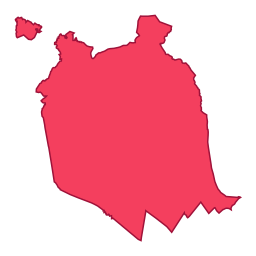 Metepec, Hidalgo, Mexico
{"feature_id": "50627088B82713167627307", "entity_name": "Metepec", "entity_type": "district", "adm_level": 2, "iso_a3": "MEX", "parent_name": "Mexico", "parent_adm1": "Hidalgo", "projection": "natural_earth1", "projection_center": [-98.35, 20.259], "detail": "fine", "context": "isolated", "style": "filled", "palette": "rose", "viewbox_px": 256, "rotation_deg": 0, "n_neighbors": 0, "source": "geoboundaries", "source_scale": "gbopen_adm2", "svg_char_len": 5476}
<svg xmlns="http://www.w3.org/2000/svg" viewBox="0 0 256 256"><path d="M171.6,26.3L159.6,21.8L155.1,15.4L148.2,16.2L142.4,16.2L140.5,16.1L139.1,18.8L138.1,21.0L137.9,24.2L137.5,27.8L136.6,32.3L137.8,33.7L138.2,33.7L139.4,35.7L136.6,37.6L135.3,39.5L135.0,40.3L135.2,40.7L135.3,42.5L134.6,42.5L133.4,42.9L131.9,42.8L130.0,42.4L127.4,45.0L126.3,45.4L123.7,45.4L123.1,45.5L120.2,46.9L118.0,47.5L114.2,48.3L110.9,48.6L110.3,48.6L108.0,49.1L104.5,51.2L102.1,52.0L100.3,52.8L98.6,52.9L97.0,54.2L96.0,54.9L95.3,56.5L93.6,58.3L93.1,58.6L92.3,58.4L91.9,58.0L91.6,57.5L90.9,54.9L90.7,52.9L91.4,51.2L92.9,48.6L92.6,47.1L89.8,46.8L87.2,46.1L85.6,44.8L83.8,42.9L82.5,42.4L81.8,42.6L81.4,42.0L81.1,42.2L80.3,42.1L80.1,42.1L80.0,41.7L79.3,42.0L78.9,41.4L78.2,41.6L77.3,41.4L77.5,41.0L77.0,40.1L75.7,40.1L76.5,38.5L76.1,37.8L75.5,38.2L74.9,39.3L74.7,40.4L73.0,40.4L73.0,35.6L72.4,34.8L74.1,33.0L69.9,31.5L65.9,34.5L65.8,35.1L65.8,35.7L67.0,37.5L66.6,38.3L65.7,37.8L65.3,38.1L65.1,38.0L65.0,37.4L64.4,35.7L64.0,35.4L63.2,35.7L61.6,35.4L61.4,35.2L61.2,34.3L61.0,34.1L60.7,34.0L60.4,34.1L59.6,35.0L59.1,36.5L58.7,36.8L57.9,37.0L58.8,37.0L57.5,37.4L58.6,37.2L58.7,38.3L57.3,38.4L57.2,40.1L56.7,40.1L56.4,42.2L55.5,42.1L55.2,42.6L54.7,42.6L54.6,44.3L55.0,44.6L56.3,44.3L57.2,45.8L56.3,46.9L56.4,48.0L58.4,49.2L58.3,49.5L58.8,50.2L58.9,50.6L59.5,51.0L60.4,52.5L60.7,54.0L59.1,54.5L60.3,56.4L59.9,59.3L61.5,59.0L61.3,61.0L60.1,61.2L59.6,61.5L59.0,62.5L58.5,62.9L57.4,64.5L57.0,65.6L55.7,66.8L55.3,67.5L55.0,67.6L53.5,67.6L52.9,67.9L52.3,68.6L51.3,71.1L50.8,71.5L50.5,72.2L50.3,73.5L49.7,74.6L49.5,75.6L49.1,76.2L49.0,76.8L48.5,78.4L46.7,79.1L46.1,79.9L45.5,80.0L45.1,80.8L44.9,80.9L44.2,80.9L43.7,80.4L43.1,80.5L42.8,80.6L42.6,81.0L42.2,81.3L42.1,81.6L41.7,81.8L41.5,82.1L41.4,82.7L41.3,82.9L39.9,83.6L36.4,89.0L36.2,91.9L38.7,92.5L40.2,92.1L41.5,93.1L42.7,94.9L43.6,96.0L44.3,96.1L46.5,96.1L46.1,96.6L45.0,97.5L44.6,98.0L43.4,98.6L42.0,100.0L41.2,100.5L41.3,101.1L42.7,102.6L43.5,102.9L44.7,102.9L45.2,103.0L45.3,104.1L45.2,104.7L45.1,104.8L44.5,104.7L44.4,104.9L44.2,105.8L43.7,106.2L43.5,107.3L43.2,107.8L42.3,108.5L42.1,109.0L42.2,109.9L41.7,111.1L41.6,111.9L41.6,112.8L42.1,116.3L43.3,117.6L44.7,125.0L45.0,127.5L47.4,140.6L48.4,146.1L48.8,147.5L52.1,167.7L54.3,181.9L55.5,182.7L57.1,185.0L58.2,187.3L58.6,187.7L59.0,187.9L60.2,189.2L60.3,189.7L70.1,194.5L78.5,197.9L91.4,202.8L94.5,204.3L97.7,206.0L103.2,210.1L103.4,210.3L103.3,210.6L104.1,210.4L104.8,211.9L104.0,211.9L104.0,212.6L105.5,212.3L105.8,213.9L106.4,213.9L106.5,214.9L108.2,215.0L108.8,214.3L109.1,214.7L109.6,216.1L111.5,215.7L111.6,218.7L112.8,218.4L112.9,218.2L138.2,239.3L141.0,240.6L141.4,237.4L145.8,211.4L145.8,210.7L155.9,218.1L166.8,226.6L171.7,232.3L184.3,212.8L184.4,213.5L184.8,214.3L185.2,214.7L186.4,215.3L186.4,215.5L186.7,216.8L187.3,217.1L187.7,217.7L188.3,217.3L189.6,216.0L200.8,202.1L208.8,213.4L214.5,207.7L215.0,207.7L215.4,208.6L215.9,209.2L216.1,209.9L216.5,210.3L216.8,210.9L219.0,213.1L223.0,209.5L223.5,209.5L224.7,208.8L226.0,208.3L227.0,208.2L229.1,208.5L231.2,209.8L231.0,208.7L231.1,207.7L231.4,207.1L232.4,205.3L233.3,205.0L234.6,204.0L235.6,202.2L238.6,198.6L240.6,197.4L240.2,197.1L238.7,196.7L237.9,197.1L237.7,197.4L226.1,196.5L224.6,195.2L220.7,192.5L219.7,191.0L218.0,189.0L216.4,185.5L214.8,181.4L213.2,173.9L211.5,168.0L211.0,164.1L208.4,147.5L207.7,142.0L208.1,135.5L208.2,132.4L208.1,131.0L207.9,129.5L207.4,129.4L207.1,124.9L207.3,123.4L207.4,121.5L206.7,116.8L206.7,114.9L203.1,112.7L201.9,111.5L201.0,110.6L201.4,109.7L201.4,109.4L201.3,109.0L201.4,107.8L200.5,105.8L201.1,103.5L200.7,102.8L200.8,101.9L200.9,101.5L201.5,101.0L201.5,100.7L201.2,99.7L201.2,99.2L201.0,98.6L200.9,98.0L201.1,97.0L199.9,95.6L199.5,95.4L199.5,94.7L199.9,93.9L199.9,93.6L199.6,93.6L199.5,93.4L199.4,90.0L198.9,89.3L198.0,88.7L197.7,87.6L196.9,86.9L196.7,86.5L196.6,86.1L194.6,83.8L194.6,83.5L194.8,83.1L195.0,82.4L194.9,81.9L194.5,81.3L194.4,80.7L193.9,80.2L193.7,79.6L193.7,77.9L195.4,75.3L191.1,70.2L189.7,67.6L189.1,67.0L188.9,66.2L188.5,65.7L187.3,64.6L186.2,63.3L185.8,63.0L185.1,63.0L184.8,63.4L182.5,63.0L182.1,62.6L181.9,61.1L181.5,60.3L180.3,59.2L178.6,59.1L175.1,60.0L174.5,59.9L173.9,59.3L173.6,59.1L173.1,59.3L172.4,59.0L172.1,58.8L172.0,58.4L172.2,57.6L172.2,57.2L171.6,56.5L169.3,55.5L169.1,55.1L168.0,54.3L165.9,54.4L165.4,53.7L165.2,52.6L162.0,47.8L160.0,44.1L160.3,43.5L160.7,43.4L161.2,43.7L161.4,43.3L162.5,43.4L163.1,43.0L163.5,43.0L164.0,42.5L165.0,40.1L164.8,39.4L164.4,38.7L164.5,37.3L164.6,36.8L165.4,36.3L166.7,36.1L167.3,34.7L167.2,33.9L167.9,33.3L168.2,32.6L168.5,32.5L169.1,32.6L169.4,32.0L170.1,31.5L170.6,31.4L170.6,30.9L170.8,30.3L171.2,30.0L171.3,29.4L171.2,28.9L171.1,28.2L171.6,26.3ZM41.3,27.7L41.1,27.5L41.6,26.9L41.0,26.1L38.8,25.6L39.0,24.8L37.0,24.6L34.9,23.1L33.5,24.7L31.2,22.8L31.3,22.4L30.1,21.8L27.6,20.5L27.4,20.7L26.9,21.2L26.0,22.2L25.9,21.0L25.1,19.8L23.4,19.1L22.6,19.5L22.2,18.7L21.7,17.5L21.2,17.4L20.4,17.8L19.0,18.1L18.1,17.3L17.0,18.0L16.5,19.3L15.7,19.1L15.4,19.8L16.5,21.8L17.1,21.5L17.0,25.4L16.6,25.4L16.3,25.9L16.3,28.8L15.9,29.9L16.0,30.5L16.6,31.6L16.7,32.1L16.6,32.5L16.2,32.9L16.1,33.3L16.5,36.7L17.3,37.7L23.7,35.0L28.5,39.3L31.4,39.7L34.4,37.5L36.5,33.1L37.0,31.3L36.9,30.8L36.6,30.2L36.2,29.9L35.8,29.8L35.7,29.4L35.7,29.1L35.9,29.0L36.3,28.8L37.3,28.9L37.6,29.1L37.8,29.7L37.6,31.2L37.7,31.4L38.0,31.4L37.9,31.6L38.0,32.3L39.2,32.6L41.0,31.4L39.6,30.7L39.6,30.0L40.5,28.5L41.3,27.7Z" fill="#f43f5e" stroke="#9f1239" stroke-width="1.5"/></svg>